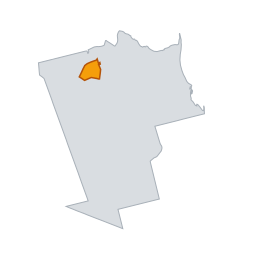 location of Eayoune El Atrous, Hodh el Gharbi, Mauritania, rotated 166°
{"feature_id": "47542326B47795340566920", "entity_name": "Eayoune El Atrous", "entity_type": "district", "adm_level": 2, "iso_a3": "MRT", "parent_name": "Mauritania", "parent_adm1": "Hodh el Gharbi", "projection": "natural_earth1", "projection_center": [-9.445, 16.825], "detail": "fine", "context": "in_parent", "style": "filled", "palette": "amber", "viewbox_px": 256, "rotation_deg": 166, "n_neighbors": 0, "source": "geoboundaries", "source_scale": "gbopen_adm2", "svg_char_len": 3732}
<svg xmlns="http://www.w3.org/2000/svg" viewBox="0 0 256 256"><g transform="rotate(166 128 128)"><path d="M110.6,223.4L110.3,223.3L108.9,222.2L108.2,220.9L107.1,219.9L105.6,219.2L104.6,218.5L104.2,217.6L103.6,217.1L103.0,216.8L103.0,216.5L103.1,216.0L103.0,215.3L102.1,213.5L101.3,212.7L100.6,212.9L100.2,212.7L99.9,212.3L99.8,211.7L99.4,211.2L98.5,211.0L97.8,209.7L97.3,207.4L96.7,205.6L95.9,204.2L95.3,203.8L94.9,203.7L94.7,203.5L94.6,203.1L94.0,202.9L93.1,203.3L92.3,203.2L91.9,202.6L91.4,202.5L90.7,203.0L89.9,202.9L89.1,202.0L88.6,201.2L88.5,200.4L87.1,198.7L84.3,196.2L81.3,195.1L78.0,195.2L76.1,195.1L75.7,194.7L75.3,194.8L74.9,195.2L74.5,195.3L74.0,195.1L73.7,195.3L73.6,195.9L72.4,196.2L70.2,196.2L68.4,196.6L67.1,197.4L65.1,197.7L62.7,197.6L61.2,197.3L60.6,196.9L59.9,196.8L59.0,197.0L58.2,198.2L57.4,200.4L56.8,201.7L56.3,202.0L55.8,203.7L55.5,206.4L55.0,207.6L55.1,200.7L55.8,198.2L56.1,195.9L57.7,190.9L59.5,186.8L61.2,181.4L61.9,176.2L61.8,171.0L61.3,166.4L60.5,163.4L59.7,159.0L58.5,156.7L56.3,154.7L55.9,153.5L56.4,153.1L57.7,152.8L58.6,151.2L56.8,151.8L58.9,147.0L59.6,143.7L59.5,141.6L60.0,140.2L58.4,137.3L57.2,133.7L56.5,133.1L55.9,132.8L55.8,133.7L55.5,134.4L54.7,134.0L53.3,131.3L51.5,127.0L50.8,126.6L50.3,127.2L49.9,127.7L49.2,131.3L49.0,129.9L49.3,128.2L49.8,126.2L50.4,123.3L52.0,123.3L55.0,123.3L60.9,123.3L63.9,123.3L69.8,123.3L72.8,123.3L78.7,123.2L81.7,123.2L87.6,123.2L90.6,123.2L96.5,123.2L99.5,123.2L101.5,123.2L101.4,121.2L101.3,119.6L101.2,117.4L101.1,115.2L101.0,113.0L100.9,111.0L100.8,109.0L100.7,107.1L100.6,105.3L100.4,104.3L99.8,102.4L99.7,101.4L99.9,100.4L100.3,99.4L101.4,97.6L103.2,96.2L105.2,94.6L106.8,93.4L107.6,93.1L110.0,92.7L111.9,91.8L113.7,90.9L114.5,90.4L114.6,88.7L114.8,51.5L123.8,51.5L126.2,51.5L142.9,51.5L145.3,51.5L157.4,51.5L157.4,49.7L157.4,47.2L157.4,43.7L157.4,40.3L157.4,34.2L157.4,31.6L159.8,33.3L164.6,36.7L167.0,38.4L171.8,41.8L176.6,45.2L181.5,48.6L183.9,50.3L186.3,52.0L188.7,53.7L191.1,55.5L196.0,58.9L198.0,60.3L201.1,62.6L204.1,64.7L207.0,66.9L202.5,66.9L196.5,66.9L192.4,66.9L188.2,66.9L184.3,66.9L184.6,70.4L185.0,74.2L185.4,78.1L185.8,81.9L186.2,85.7L187.3,97.2L187.7,101.0L188.1,104.8L188.5,108.7L188.9,112.5L189.7,120.1L190.1,124.0L190.5,127.8L190.8,131.6L191.2,135.4L191.6,139.3L192.4,146.9L192.8,150.7L193.2,154.5L193.6,158.4L194.0,162.2L194.4,166.0L194.8,169.8L195.1,173.6L195.9,181.3L196.3,185.1L196.7,188.9L197.1,192.7L197.5,196.4L199.0,198.4L201.0,200.8L200.5,204.3L199.8,208.4L199.1,212.9L193.7,212.9L188.3,212.9L175.0,212.9L172.3,212.9L159.0,212.9L156.3,212.9L151.2,212.9L149.7,212.8L149.1,212.4L148.9,210.1L148.5,210.2L147.9,210.9L147.6,211.7L147.7,212.6L147.7,213.5L145.9,213.8L143.6,214.3L141.2,214.8L138.7,214.6L137.9,214.4L137.0,214.1L135.0,213.8L134.0,213.7L132.8,213.8L131.3,214.0L130.9,214.4L129.8,216.2L128.7,218.2L128.0,218.2L127.2,217.1L125.1,215.0L122.6,212.3L121.4,210.9L120.8,210.7L119.6,211.7L118.5,212.6L117.4,214.0L116.9,215.2L116.5,216.7L116.3,218.5L115.9,220.6L115.0,222.2L114.0,223.5L113.2,224.1L112.9,224.4L110.6,223.4ZM57.7,148.2L56.9,149.7L56.5,149.2L56.4,148.2L57.2,146.8L57.5,146.0L58.2,145.8L57.7,148.2Z" fill="#d9dde1" stroke="#a8b0b8" stroke-width="1"/><path d="M156.7,196.9L157.1,196.5L158.1,195.2L160.1,192.7L162.8,189.5L162.9,189.4L158.6,184.7L152.1,185.8L151.5,185.9L148.1,184.4L147.1,183.9L146.7,183.8L145.8,183.3L144.5,182.6L143.8,182.5L141.5,188.4L141.1,189.5L140.4,191.5L141.1,196.4L139.5,196.7L139.5,198.4L140.9,197.7L140.8,198.0L140.9,198.4L141.1,199.3L141.1,200.3L141.1,201.1L141.2,201.9L141.2,202.5L142.7,201.4L143.9,201.4L145.1,201.3L147.0,201.1L148.0,201.0L149.2,200.8L151.5,200.4L152.3,200.2L153.6,199.6L154.3,199.3L154.8,199.1L156.7,196.9Z" fill="#f59e0b" stroke="#b45309" stroke-width="1.5"/></g></svg>